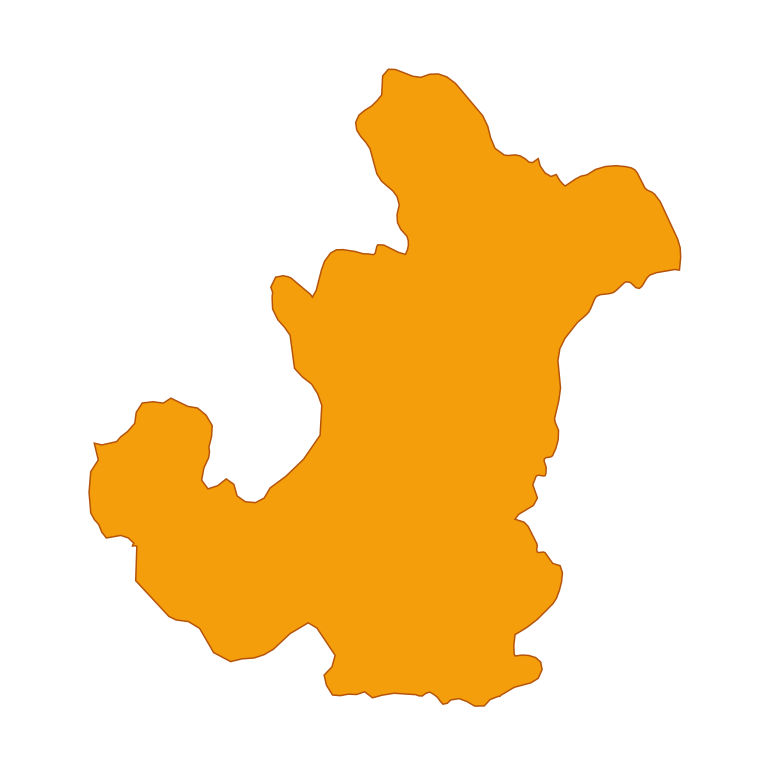 an SVG outline of Champasak, rotated 185°
{"feature_id": "LAO-3280", "entity_name": "Champasak", "entity_type": "Province", "adm_level": 1, "iso_a3": "LAO", "parent_name": "Laos", "parent_adm1": "", "projection": "natural_earth1", "projection_center": [105.911, 14.688], "detail": "fine", "context": "isolated", "style": "filled", "palette": "amber", "viewbox_px": 768, "rotation_deg": 185, "n_neighbors": 0, "source": "natural_earth", "source_scale": "10m", "svg_char_len": 3482}
<svg xmlns="http://www.w3.org/2000/svg" viewBox="0 0 768 768"><g transform="rotate(185 384 384)"><path d="M216.2,126.2L209.1,124.7L203.7,120.7L201.6,113.3L204.7,104.3L211.6,99.1L227.8,93.2L240.1,84.4L241.5,82.8L242.7,82.9L250.8,78.9L256.0,72.1L265.4,71.0L273.7,74.9L281.8,77.1L289.9,75.1L293.2,71.4L297.5,70.2L300.5,73.1L303.6,76.7L307.5,79.2L311.6,81.1L315.5,79.4L318.7,76.5L322.2,76.4L325.3,77.3L347.1,76.8L358.9,73.8L368.1,70.4L376.4,75.7L384.2,72.3L392.6,71.9L400.5,69.7L408.2,69.7L415.0,78.8L418.3,88.8L411.2,97.6L409.0,109.4L429.5,135.0L438.7,139.5L455.8,127.2L471.0,110.2L479.9,103.9L489.4,99.8L501.6,97.8L512.6,94.1L530.3,101.6L546.4,124.5L558.2,130.3L570.4,130.8L578.0,133.7L614.2,166.4L616.1,200.9L618.1,201.2L620.4,200.6L620.1,202.2L619.3,203.6L625.4,208.4L633.0,210.2L647.2,206.4L652.2,211.8L656.0,219.2L660.7,223.7L664.9,230.0L668.4,250.4L668.5,271.1L662.0,283.4L667.5,299.8L659.7,298.7L645.4,303.3L641.6,308.5L635.4,314.2L628.9,323.0L628.3,334.3L623.1,344.0L612.6,346.2L602.2,345.7L595.1,351.3L577.5,344.6L567.7,343.8L558.5,337.4L551.5,327.5L551.2,316.9L552.9,306.0L551.9,301.0L552.3,295.2L556.1,284.8L557.3,272.3L550.2,264.2L540.8,268.2L532.9,275.7L524.8,270.9L520.6,259.7L511.9,254.6L501.7,254.6L493.4,260.0L488.4,270.5L473.6,283.6L457.6,302.0L443.2,327.4L444.1,357.3L449.2,368.4L456.1,377.6L465.9,383.9L474.5,391.8L481.8,424.4L488.0,431.8L495.3,438.7L501.5,449.0L503.0,460.4L503.0,465.8L505.2,470.6L501.2,481.1L498.9,481.6L494.2,483.0L489.5,482.6L486.1,481.6L465.0,466.8L462.9,464.3L459.7,471.2L456.2,492.4L453.9,501.2L448.7,509.7L443.2,513.5L436.6,514.3L424.4,513.5L416.0,511.9L410.6,512.2L406.9,511.9L405.1,512.2L404.1,513.8L403.2,520.2L402.3,522.1L396.3,522.4L381.0,516.4L374.0,515.0L372.4,519.5L371.8,524.2L372.3,528.8L374.0,533.2L380.7,539.4L384.6,545.9L385.8,553.7L384.4,563.8L387.4,572.0L392.1,577.2L404.1,585.8L409.5,592.9L418.4,617.1L423.1,623.1L428.7,628.5L433.3,634.5L435.0,642.1L432.4,649.7L427.0,655.0L420.7,659.7L415.7,665.5L411.5,671.7L412.2,690.8L407.1,697.9L400.1,698.3L382.1,693.1L374.0,692.7L365.4,696.6L356.8,697.6L348.1,695.4L346.7,694.5L338.9,689.6L309.0,659.8L303.1,649.8L299.2,638.5L294.0,628.5L284.3,622.6L280.5,622.4L273.1,623.7L268.1,623.1L262.5,620.4L259.0,617.7L255.4,617.5L250.0,622.0L247.4,614.8L242.1,608.4L235.8,605.3L230.6,607.7L228.5,604.5L226.2,601.6L223.6,599.1L220.8,597.0L211.1,604.9L205.9,608.2L200.1,610.0L191.9,616.2L182.2,620.0L171.8,621.7L162.0,621.6L156.3,620.8L152.8,619.2L149.9,616.1L141.1,601.9L138.5,600.1L133.5,598.3L131.1,596.8L124.7,589.7L104.1,553.9L100.8,545.5L99.5,536.1L99.6,523.2L104.4,523.4L122.5,518.6L128.8,515.6L131.3,512.5L135.5,503.9L137.9,501.5L141.4,501.9L147.5,506.7L152.0,506.9L154.0,505.2L160.5,497.8L163.3,495.2L167.3,493.7L176.5,491.8L180.1,489.7L181.6,486.8L184.6,477.5L186.3,473.5L188.6,470.5L196.7,462.1L207.7,445.3L211.9,434.4L212.8,422.3L207.8,395.4L208.4,382.9L211.1,364.2L209.9,360.3L206.1,353.1L205.6,343.9L207.2,334.7L209.9,327.2L211.5,325.9L216.3,324.7L217.8,323.2L217.7,321.0L215.2,315.3L214.9,309.1L215.5,306.7L217.0,306.3L222.4,306.6L224.3,305.7L227.0,296.7L221.2,283.8L224.6,276.0L238.4,266.0L241.7,260.7L232.5,258.6L232.4,258.6L228.0,254.7L217.8,238.2L217.3,236.5L217.4,232.0L216.7,230.0L215.1,229.6L210.6,230.5L208.8,230.0L200.3,220.0L192.7,218.3L189.8,211.6L189.9,202.4L191.3,193.7L193.6,185.4L196.6,179.8L210.8,162.8L220.4,154.0L230.4,146.6L231.6,146.0L231.9,135.0L230.8,126.3L229.6,124.5L222.8,126.0L216.2,126.2Z" fill="#f59e0b" stroke="#b45309" stroke-width="1.5"/></g></svg>